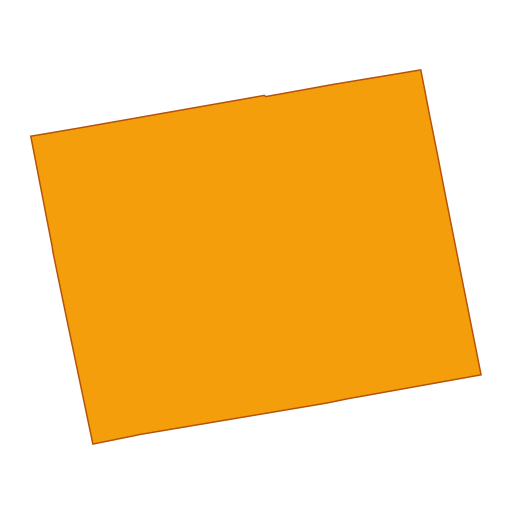 outline of Johnson, Indiana, United States of America, rotated 80°
{"feature_id": "52423323B4886498471892", "entity_name": "Johnson", "entity_type": "district", "adm_level": 2, "iso_a3": "USA", "parent_name": "United States of America", "parent_adm1": "Indiana", "projection": "albers", "projection_center": [-86.118, 39.49], "detail": "fine", "context": "isolated", "style": "filled", "palette": "amber", "viewbox_px": 512, "rotation_deg": 80, "n_neighbors": 0, "source": "geoboundaries", "source_scale": "gbopen_adm2", "svg_char_len": 412}
<svg xmlns="http://www.w3.org/2000/svg" viewBox="0 0 512 512"><g transform="rotate(80 256 256)"><path d="M412.9,449.3L411.6,400.3L413.1,211.1L412.5,191.1L412.1,55.0L246.0,58.6L216.3,59.2L191.2,59.6L147.6,60.6L116.8,61.1L101.3,61.4L100.4,150.4L100.7,218.8L99.3,219.9L99.2,412.2L98.9,457.0L211.4,455.1L216.4,455.3L272.9,453.7L333.6,451.8L412.9,449.3Z" fill="#f59e0b" stroke="#b45309" stroke-width="1.5"/></g></svg>